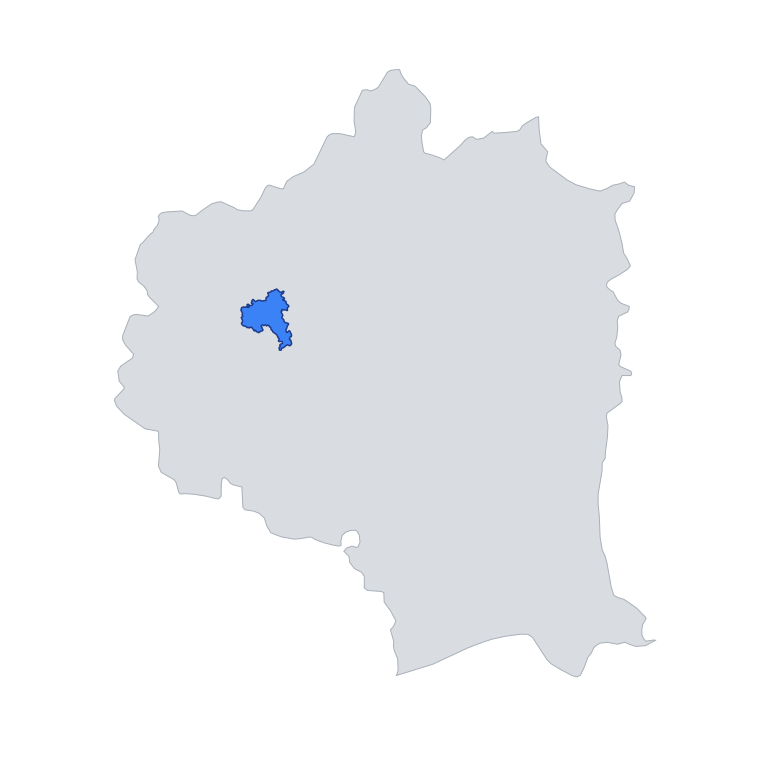 location of Chashniki, Vitebsk, Belarus, rotated 264°
{"feature_id": "67162791B63587233546026", "entity_name": "Chashniki", "entity_type": "district", "adm_level": 2, "iso_a3": "BLR", "parent_name": "Belarus", "parent_adm1": "Vitebsk", "projection": "mercator", "projection_center": [29.143, 54.768], "detail": "fine", "context": "in_parent", "style": "filled", "palette": "blue", "viewbox_px": 768, "rotation_deg": 264, "n_neighbors": 0, "source": "geoboundaries", "source_scale": "gbopen_adm2", "svg_char_len": 9674}
<svg xmlns="http://www.w3.org/2000/svg" viewBox="0 0 768 768"><g transform="rotate(264 384 384)"><path d="M633.6,565.6L621.2,564.9L606.3,565.2L598.0,571.0L588.9,568.2L582.5,571.4L567.7,587.5L562.0,596.0L556.5,609.2L553.2,619.0L555.0,625.8L557.7,632.1L558.4,638.9L559.7,644.2L556.1,648.1L554.0,653.7L547.8,652.7L540.2,647.4L538.6,639.6L532.7,634.2L528.9,631.4L522.6,631.0L512.4,633.5L499.2,635.4L489.2,636.0L483.7,638.7L475.7,641.4L472.6,638.2L468.1,629.4L464.4,620.6L461.9,616.8L459.7,615.7L457.0,615.9L453.9,618.7L451.6,621.6L443.2,624.9L439.6,628.0L435.5,636.1L432.8,635.5L430.1,633.7L426.9,624.6L422.5,622.5L415.5,622.4L406.8,620.5L399.8,617.8L397.2,618.4L393.0,622.3L388.4,622.8L378.5,619.4L376.6,621.0L370.8,630.9L368.1,631.4L366.6,630.2L367.5,621.5L361.7,618.4L352.0,618.0L345.1,619.2L341.8,618.9L340.1,617.2L331.7,602.6L327.3,601.7L319.3,602.4L307.6,600.6L294.1,597.3L286.7,596.1L282.9,592.8L274.5,591.7L252.2,585.5L243.1,584.4L229.7,584.3L209.2,582.9L196.1,583.7L190.1,585.8L183.0,587.0L158.8,588.7L150.1,590.4L147.6,593.5L144.7,600.2L134.7,611.8L125.0,619.5L123.3,620.2L117.6,616.1L112.8,614.7L107.3,614.3L103.4,615.6L100.9,617.5L101.2,626.4L100.7,627.2L96.4,616.6L96.7,607.0L99.1,601.5L102.0,596.5L100.8,589.1L103.7,579.2L103.7,572.1L102.5,569.0L100.2,565.4L93.9,561.4L91.1,558.3L82.5,554.2L74.0,549.0L72.6,545.8L73.0,543.7L74.5,540.4L80.9,530.7L88.0,521.3L92.5,517.5L116.3,505.3L120.0,501.1L120.9,493.9L120.5,479.3L119.1,466.0L117.3,456.8L112.7,439.5L100.3,403.5L92.8,365.9L97.6,368.1L109.1,368.9L118.1,366.3L122.8,366.0L127.0,366.8L138.9,364.7L141.9,368.1L147.2,371.1L157.7,366.8L167.0,361.4L176.6,362.0L178.0,359.4L180.4,346.0L183.3,343.0L194.8,344.4L199.1,342.0L203.5,335.3L210.3,331.2L216.0,331.2L221.9,326.6L224.8,329.7L226.2,335.2L224.3,339.7L225.1,341.4L229.2,343.6L236.2,343.6L240.7,341.7L241.8,339.2L241.7,334.6L240.6,330.3L237.7,326.5L232.1,324.6L228.2,324.5L227.5,322.2L228.9,317.1L232.3,307.8L236.5,299.3L239.1,296.1L239.6,293.1L239.1,288.0L239.0,278.7L242.8,265.7L247.9,255.9L254.8,252.7L263.2,251.0L268.5,246.3L271.2,241.0L273.5,232.5L276.2,230.8L296.4,231.9L299.5,223.4L301.2,221.0L305.1,218.5L307.8,215.5L306.8,213.2L301.6,211.7L289.5,210.3L287.0,207.5L287.8,204.2L291.0,195.4L294.1,184.0L295.7,175.2L295.9,170.0L297.6,168.6L307.5,167.0L310.8,165.2L319.4,153.2L325.9,151.1L342.6,154.2L350.3,154.0L360.1,154.8L360.9,153.6L364.4,141.7L381.0,122.5L389.8,115.8L395.4,114.3L397.4,114.6L406.3,124.8L408.4,125.2L414.3,121.0L424.6,120.6L429.4,124.1L436.1,136.6L439.7,138.1L449.6,131.1L455.1,128.8L458.8,128.9L477.6,138.5L478.9,141.6L479.1,145.2L476.2,156.5L480.0,163.4L484.6,168.1L494.2,160.3L497.8,158.2L501.7,158.1L506.9,155.2L510.7,150.9L514.3,149.4L521.2,150.4L533.7,149.4L548.2,156.2L549.4,158.3L556.7,166.2L559.3,170.2L561.7,171.4L565.5,175.3L570.7,177.7L574.3,177.0L576.0,178.3L577.6,181.3L577.8,186.5L577.2,201.2L572.0,208.9L571.3,211.6L571.6,214.9L575.7,221.2L581.0,231.0L582.3,236.7L582.3,241.0L575.0,253.5L572.6,256.4L570.9,262.5L570.1,268.7L570.6,271.3L582.7,281.2L591.6,286.6L593.7,289.2L593.8,290.8L589.1,301.4L588.6,304.2L595.8,308.6L599.8,315.5L603.3,326.7L610.1,337.4L635.5,353.0L637.7,355.8L638.4,359.1L637.6,366.4L633.0,380.2L637.3,382.3L648.5,381.7L662.1,383.5L678.4,393.2L678.5,397.6L676.8,401.5L677.9,405.7L679.7,409.3L693.8,420.1L695.2,423.3L695.4,428.5L695.0,432.4L691.1,433.2L686.8,435.0L679.7,439.6L676.9,446.1L665.4,455.1L658.3,459.1L652.7,459.3L639.2,457.5L634.5,453.1L632.5,449.0L627.4,447.2L620.5,447.0L611.0,447.7L609.1,448.9L607.5,453.9L603.5,462.4L600.6,467.2L612.6,484.0L618.7,490.9L620.6,495.1L620.5,498.1L617.6,501.6L618.1,508.7L623.9,518.0L622.0,519.5L621.4,530.9L621.4,543.1L623.0,546.0L626.2,548.4L628.8,552.9L633.3,563.0L633.6,565.6Z" fill="#d9dde1" stroke="#a8b0b8" stroke-width="1"/><path d="M459.1,248.6L458.7,248.7L457.9,249.0L457.5,249.3L457.2,249.6L456.9,250.0L456.6,250.3L456.3,250.7L456.2,251.2L456.1,251.6L456.1,251.9L456.0,252.2L455.8,252.5L455.4,253.0L455.1,253.1L454.8,253.3L454.5,253.6L454.4,254.0L454.4,254.5L454.4,254.8L454.2,255.2L453.9,255.6L453.9,256.0L454.0,256.4L454.1,256.6L454.3,257.0L454.5,257.3L454.5,257.6L454.3,257.9L454.0,258.4L453.6,258.6L453.3,258.9L452.7,259.2L452.3,259.5L451.8,259.8L451.3,260.0L450.8,260.1L450.6,260.2L450.4,260.8L450.4,261.0L450.7,261.2L450.9,261.3L450.9,261.6L450.6,262.0L450.3,262.1L449.9,262.3L449.6,262.4L449.3,262.6L449.2,262.9L449.1,263.4L448.9,263.8L448.6,264.2L448.2,264.5L448.2,264.9L448.4,265.4L448.6,265.8L449.0,266.1L449.1,266.4L449.4,266.8L449.5,267.5L449.5,268.0L449.5,268.4L449.8,268.7L450.2,269.2L450.8,269.2L451.2,269.1L451.5,268.8L451.9,268.6L452.7,268.6L453.2,268.6L453.5,268.4L453.7,268.0L454.1,267.9L454.5,268.0L455.0,268.3L455.3,268.8L455.4,269.3L455.3,269.9L454.8,270.3L454.8,270.8L454.8,271.1L455.0,271.4L455.2,271.8L455.1,272.4L454.9,272.6L454.5,272.9L454.1,273.2L454.2,273.5L454.4,273.9L454.6,274.4L454.5,275.0L454.3,275.5L453.8,275.8L453.2,275.8L452.8,276.1L452.6,276.5L452.3,277.0L451.7,277.3L451.0,277.3L450.4,277.4L449.8,277.6L449.4,277.7L449.2,278.1L448.9,278.5L448.4,278.8L448.0,278.9L447.6,278.9L447.0,279.3L446.6,279.8L446.1,280.4L445.8,280.8L445.6,281.0L445.2,281.5L444.9,281.8L444.5,282.2L444.1,282.5L443.6,282.6L443.3,282.8L442.8,283.0L442.5,283.1L442.2,283.4L441.7,283.4L441.3,283.4L441.1,283.5L440.8,283.7L440.5,283.9L440.0,284.3L439.6,284.4L439.0,284.3L438.7,283.9L438.2,283.6L437.9,283.6L437.5,283.7L437.3,284.0L437.1,284.5L437.1,285.3L437.1,285.8L437.1,286.3L437.0,286.9L436.7,287.1L436.1,287.4L435.4,287.3L435.0,287.1L434.8,286.6L434.6,286.1L434.4,285.5L434.3,285.1L434.2,284.9L433.7,284.5L433.2,284.5L432.8,284.6L432.3,284.7L431.9,284.5L431.7,284.1L431.5,283.7L431.0,283.5L430.5,283.5L429.9,283.5L428.9,283.5L428.5,283.9L428.5,284.4L428.5,285.1L428.6,285.4L429.4,285.5L429.9,285.9L430.4,286.3L430.5,287.0L430.5,287.6L430.9,288.3L431.7,289.4L432.3,290.3L432.6,291.0L432.9,291.6L433.1,292.0L432.6,293.0L432.3,293.4L431.9,294.3L432.2,295.0L432.9,295.8L433.4,296.2L434.1,296.3L435.4,296.2L436.5,295.9L437.2,295.9L437.7,295.4L438.0,294.9L438.5,294.6L439.1,294.8L439.4,295.1L440.1,295.2L440.6,295.8L440.8,296.5L441.1,296.9L441.9,297.1L443.0,297.1L443.8,296.9L444.3,296.6L444.7,296.3L445.2,296.2L445.4,296.2L446.0,296.1L446.6,295.7L446.8,295.3L446.8,294.9L446.3,294.2L446.0,293.8L445.5,293.3L445.4,292.7L445.8,292.4L446.2,292.2L447.2,292.1L448.3,292.3L448.9,292.6L449.6,293.1L450.3,293.3L451.4,293.9L452.2,294.2L452.7,294.8L453.2,295.2L453.7,295.3L454.1,295.2L454.4,294.9L454.6,294.3L454.9,293.7L455.0,293.1L455.5,292.0L456.3,291.4L456.9,291.1L457.8,291.1L458.3,291.0L458.8,290.7L459.5,290.1L460.1,289.5L460.5,289.2L461.1,289.5L462.1,290.1L462.8,290.5L463.2,290.5L463.7,290.3L464.5,290.0L465.0,289.7L465.7,289.4L466.3,289.1L467.0,289.4L467.0,289.9L467.5,290.2L468.6,290.2L468.7,291.0L468.3,291.7L468.0,292.6L468.0,293.4L467.9,294.1L467.3,295.1L467.2,295.5L467.3,295.6L467.5,295.7L468.1,295.7L468.5,295.7L469.1,295.7L469.5,295.7L469.8,295.9L470.1,296.2L470.3,296.5L470.6,296.8L470.8,297.1L470.9,297.3L471.1,297.4L471.3,297.4L471.7,297.4L472.2,297.1L472.4,297.0L472.5,296.8L472.8,296.5L473.5,295.7L474.2,295.2L474.7,295.1L475.3,295.2L475.7,295.2L476.4,295.1L476.6,294.7L476.9,294.1L477.1,293.9L477.5,293.3L477.8,292.7L478.2,292.2L478.5,292.2L478.7,292.7L478.7,293.2L478.7,293.5L479.1,293.9L479.4,293.8L480.2,293.6L480.5,293.2L480.7,292.8L480.9,292.2L481.4,291.5L482.0,291.1L482.7,291.0L483.3,291.0L484.0,291.3L484.3,291.5L484.3,292.1L484.2,292.5L484.4,293.0L484.9,293.2L485.3,293.6L486.3,294.0L486.5,294.1L486.7,293.8L486.8,293.2L486.3,292.5L486.1,291.9L486.1,291.0L486.3,290.4L486.6,289.8L486.9,289.4L487.4,289.1L488.0,288.9L488.2,288.6L488.4,288.2L488.9,287.9L489.3,287.6L489.6,287.2L489.5,286.6L489.2,286.3L489.2,285.7L489.1,285.1L488.9,284.5L488.6,284.3L488.2,283.8L488.2,283.1L488.2,282.6L488.3,282.1L488.3,281.7L488.0,281.3L487.7,281.2L487.3,280.9L487.1,280.4L487.1,280.0L487.2,279.6L487.2,279.1L487.2,278.7L487.0,278.3L486.5,277.9L486.2,277.9L485.8,278.2L485.4,278.4L484.8,278.4L484.2,278.3L483.8,278.2L483.3,277.7L482.9,277.0L482.7,276.5L482.4,276.1L481.8,275.6L481.3,275.6L480.6,275.6L480.1,275.6L479.4,275.3L479.2,275.0L479.2,274.7L479.4,274.3L479.5,274.0L479.5,273.6L479.5,273.2L479.4,272.8L479.3,272.5L479.2,272.0L479.4,271.2L479.6,270.7L479.7,270.4L480.0,269.9L480.1,269.4L480.2,268.9L480.3,268.3L480.3,267.7L480.3,267.4L480.1,266.7L479.9,266.2L479.7,265.8L479.4,265.3L479.4,264.8L479.6,264.4L480.3,264.0L480.9,263.5L481.5,263.0L481.7,262.5L481.7,262.4L481.6,262.1L481.3,261.9L481.1,261.8L480.9,261.6L480.5,261.4L480.2,261.3L479.9,261.2L479.7,261.1L479.4,260.9L479.1,260.7L478.8,260.6L478.4,260.6L478.2,260.7L478.0,261.0L477.9,261.3L477.8,261.7L477.7,262.0L477.4,262.1L477.0,261.9L476.8,261.7L476.6,261.3L476.4,261.1L476.3,260.9L476.1,260.6L475.9,260.1L475.9,259.7L476.0,259.2L476.2,258.7L476.4,258.3L476.6,258.2L477.1,257.9L477.4,257.5L477.5,257.1L477.5,256.6L477.3,256.2L476.9,256.1L476.5,256.1L476.1,256.3L475.8,256.6L475.7,257.2L475.7,257.5L475.3,257.9L475.0,257.9L474.5,257.7L474.4,257.0L474.5,256.6L474.7,256.1L474.8,255.7L475.2,255.2L475.2,254.8L475.0,254.4L474.9,254.1L474.8,253.8L474.8,253.5L475.0,253.1L475.3,252.6L475.4,252.2L475.3,251.9L475.0,251.5L474.9,251.0L474.9,250.6L474.7,250.4L474.5,250.2L474.1,250.0L473.8,250.0L473.5,250.0L473.2,249.9L472.9,249.8L472.7,249.5L472.3,249.5L471.9,249.5L471.4,249.9L470.9,250.1L470.5,250.2L470.0,250.4L469.4,250.6L468.6,250.6L468.1,250.3L467.8,250.1L467.5,250.1L467.0,250.3L466.7,250.5L466.3,250.6L465.9,250.5L465.7,250.2L465.6,249.8L465.4,249.4L465.2,249.1L464.7,249.0L464.2,249.2L463.1,249.6L462.7,249.8L462.2,249.9L461.5,249.9L461.0,249.8L460.5,249.6L460.1,249.2L459.9,249.0L459.6,248.7L459.1,248.6Z" fill="#3b82f6" stroke="#1e3a8a" stroke-width="1.5"/></g></svg>